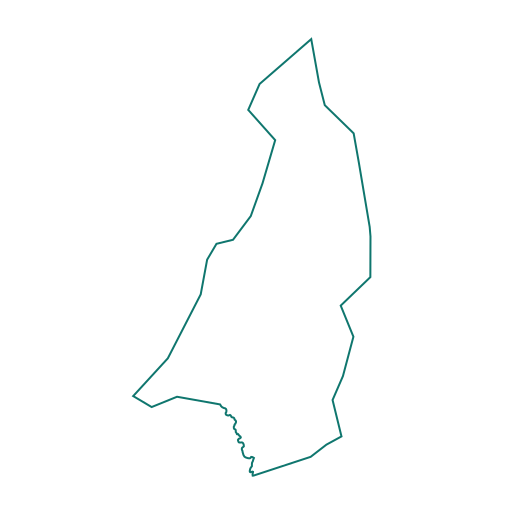 outline of Xujirt, Övörhangay, Mongolia, rotated 273°
{"feature_id": "93677404B44438011244010", "entity_name": "Xujirt", "entity_type": "district", "adm_level": 2, "iso_a3": "MNG", "parent_name": "Mongolia", "parent_adm1": "Övörhangay", "projection": "natural_earth1", "projection_center": [102.533, 46.906], "detail": "fine", "context": "isolated", "style": "outline", "palette": "teal", "viewbox_px": 512, "rotation_deg": 273, "n_neighbors": 0, "source": "geoboundaries", "source_scale": "gbopen_adm2", "svg_char_len": 1892}
<svg xmlns="http://www.w3.org/2000/svg" viewBox="0 0 512 512"><g transform="rotate(273 256 256)"><path d="M80.3,350.8L116.2,340.0L140.6,349.1L180.5,357.5L210.9,343.2L240.9,371.3L281.5,369.3L291.0,368.0L354.3,353.9L383.6,347.1L410.2,316.8L432.7,309.8L475.5,299.8L428.0,250.6L401.5,240.6L372.7,269.1L328.9,258.7L295.6,248.7L271.0,232.2L266.1,215.9L249.8,207.4L214.8,202.8L149.2,173.3L109.7,140.7L99.7,159.7L111.3,184.5L109.1,202.3L105.9,227.9L104.1,229.1L103.2,230.2L102.5,231.9L102.3,233.1L101.7,234.0L100.9,234.4L99.9,234.6L98.9,234.5L98.4,234.4L97.6,233.9L96.9,234.0L96.2,234.2L95.9,234.5L95.5,235.4L95.3,236.2L95.3,237.0L95.7,237.8L95.9,238.3L95.6,238.9L95.0,239.3L94.6,239.7L94.0,239.9L93.7,240.4L93.5,241.8L93.2,242.4L92.7,242.8L91.5,243.2L90.6,244.3L89.8,244.7L88.9,244.7L88.1,244.4L87.5,244.2L87.0,243.7L86.5,243.4L86.2,243.4L85.7,243.4L85.1,243.1L84.5,242.8L83.9,242.8L83.0,242.9L82.5,243.1L82.1,243.4L81.9,244.0L81.6,244.5L81.2,244.8L80.6,244.9L79.9,245.0L79.2,245.0L78.8,245.3L77.9,246.0L77.6,246.2L77.3,246.2L77.1,246.3L77.0,246.5L77.0,246.8L77.1,247.1L77.2,247.4L76.7,247.9L75.9,248.5L75.4,249.1L74.9,249.9L74.3,250.2L74.0,250.3L73.6,250.1L73.2,249.7L72.8,249.0L72.6,248.4L72.2,248.1L71.4,247.6L70.5,247.8L69.7,248.2L69.1,248.5L68.9,249.2L68.9,250.2L69.1,251.5L69.0,252.1L68.6,252.7L67.3,253.5L66.2,253.7L65.3,253.8L64.8,253.4L64.1,252.5L63.6,252.1L63.0,252.0L62.6,251.9L62.1,252.0L61.5,252.2L61.1,252.4L60.6,252.7L59.4,252.9L58.1,253.4L56.8,253.8L55.9,254.4L55.1,254.9L54.4,256.0L54.0,257.3L53.7,258.5L53.6,259.7L53.7,260.5L54.1,261.1L55.1,261.7L55.1,262.5L54.9,263.2L54.6,263.8L54.2,264.5L52.4,263.9L51.0,263.6L49.4,262.9L48.2,262.8L45.9,262.9L44.5,262.0L43.6,261.5L42.3,261.2L40.9,261.0L40.1,261.2L39.8,261.7L40.5,263.8L40.3,264.3L39.6,264.3L38.5,264.0L37.5,264.0L36.5,264.2L36.6,265.1L58.3,321.1L71.3,336.2L80.3,350.8Z" fill="none" stroke="#0f766e" stroke-width="2"/></g></svg>